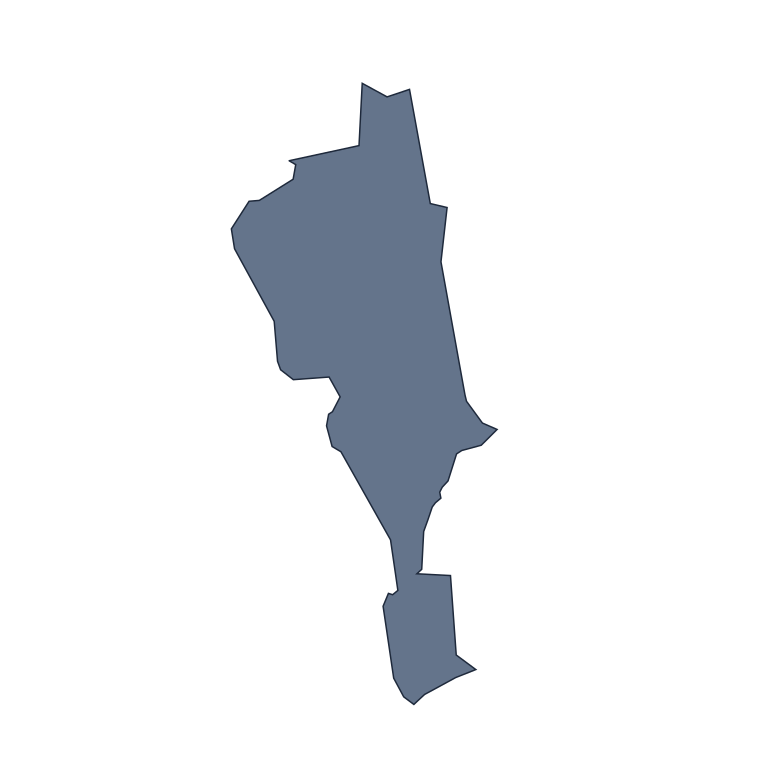 the district of Newport News, Virginia, United States of America, rotated 25°
{"feature_id": "52423323B40320593937866", "entity_name": "Newport News", "entity_type": "district", "adm_level": 2, "iso_a3": "USA", "parent_name": "United States of America", "parent_adm1": "Virginia", "projection": "mercator", "projection_center": [-76.498, 37.092], "detail": "fine", "context": "isolated", "style": "filled", "palette": "slate", "viewbox_px": 768, "rotation_deg": 25, "n_neighbors": 0, "source": "geoboundaries", "source_scale": "gbopen_adm2", "svg_char_len": 926}
<svg xmlns="http://www.w3.org/2000/svg" viewBox="0 0 768 768"><g transform="rotate(25 384 384)"><path d="M203.8,221.6L203.9,221.8L211.3,222.5L215.1,236.8L193.4,270.3L184.5,275.4L180.1,307.9L191.4,324.6L258.0,373.6L277.9,408.4L284.3,414.8L300.0,418.4L331.3,400.9L349.7,414.2L349.0,430.9L346.6,434.8L349.6,446.2L363.4,462.6L373.6,463.6L455.8,522.5L474.7,551.3L482.6,563.4L483.8,565.2L480.9,571.3L476.5,571.9L477.1,585.8L489.7,604.9L517.1,646.5L534.1,659.2L546.5,661.8L548.4,657.0L552.0,648.2L573.0,619.8L587.9,604.0L564.0,599.1L525.2,529.5L494.0,542.1L496.5,536.0L482.3,500.9L481.2,488.7L479.7,475.1L480.8,469.9L483.8,463.4L480.2,458.5L480.4,452.9L483.0,444.8L479.3,416.7L482.6,411.4L498.0,398.4L505.7,377.4L489.7,377.8L466.1,364.8L462.1,359.8L444.7,335.2L384.0,249.2L366.6,197.4L349.7,200.9L297.2,126.8L282.6,106.2L265.4,122.5L237.2,120.7L260.6,178.5L203.8,221.6Z" fill="#64748b" stroke="#1e293b" stroke-width="1.5"/></g></svg>